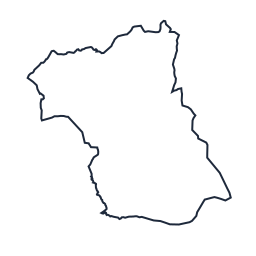 Faskari, Katsina, Nigeria (Albers equal-area conic projection), rotated 263°
{"feature_id": "59680162B51925471610757", "entity_name": "Faskari", "entity_type": "district", "adm_level": 2, "iso_a3": "NGA", "parent_name": "Nigeria", "parent_adm1": "Katsina", "projection": "albers", "projection_center": [7.102, 11.712], "detail": "fine", "context": "isolated", "style": "outline", "palette": "slate", "viewbox_px": 256, "rotation_deg": 263, "n_neighbors": 0, "source": "geoboundaries", "source_scale": "gbopen_adm2", "svg_char_len": 3714}
<svg xmlns="http://www.w3.org/2000/svg" viewBox="0 0 256 256"><g transform="rotate(263 128 128)"><path d="M132.3,196.4L134.2,195.0L138.9,192.6L141.4,190.0L143.7,184.8L148.7,184.6L155.2,185.8L157.7,185.6L160.9,185.7L160.6,182.4L159.7,180.7L159.5,178.5L158.5,176.2L165.0,179.1L167.5,180.7L171.3,181.6L174.0,180.7L176.0,180.6L177.8,180.7L179.5,181.2L181.0,181.2L184.0,180.6L185.5,180.3L188.8,181.5L190.5,182.1L191.9,183.2L193.7,183.8L194.8,184.2L196.7,185.0L198.9,186.1L200.7,186.1L203.2,186.3L204.6,186.9L205.9,187.4L209.0,187.1L212.9,189.3L214.0,189.9L214.4,189.5L217.6,185.9L218.3,181.2L220.9,182.5L222.2,181.9L226.2,178.4L229.5,178.0L230.0,176.5L227.9,173.5L226.5,172.8L224.2,172.6L222.2,172.2L220.1,171.1L219.5,169.8L219.7,167.1L221.6,159.8L221.3,156.6L222.6,155.5L227.9,153.2L227.9,146.6L227.3,144.9L225.1,143.5L223.6,142.0L221.1,138.5L221.1,136.6L220.8,133.4L220.2,129.1L217.5,125.5L215.9,124.6L213.4,122.7L211.3,121.5L205.4,112.9L205.5,112.3L205.5,110.9L206.7,109.9L207.6,108.4L207.7,105.9L208.8,106.3L209.1,106.6L209.5,106.4L210.0,106.0L210.1,105.5L209.9,105.2L209.5,104.6L209.6,104.2L210.0,103.3L211.2,102.7L212.2,102.1L212.7,101.5L212.9,100.9L212.7,97.9L212.5,95.6L211.7,93.9L211.6,92.0L210.7,91.2L210.5,90.4L211.0,88.9L212.2,88.3L212.0,86.9L211.0,85.9L210.5,85.0L209.5,84.0L209.2,83.1L210.5,78.9L210.4,77.5L210.2,76.7L209.6,76.3L209.4,76.2L209.0,75.5L209.0,74.8L208.8,73.1L209.5,70.4L209.5,69.4L209.9,67.2L212.3,65.1L212.7,64.7L213.0,64.4L213.7,63.7L213.6,61.9L213.3,61.4L211.6,60.2L207.7,57.3L206.6,56.3L206.2,55.6L206.1,54.8L205.2,54.3L203.9,53.0L203.1,51.9L203.2,50.9L203.3,49.8L202.1,48.6L201.4,47.9L201.0,47.5L197.9,43.2L197.2,42.2L195.6,41.3L194.6,40.3L193.9,37.9L192.4,36.0L189.9,34.5L185.5,39.3L181.5,42.6L177.6,42.9L172.7,44.7L173.0,45.4L170.4,48.1L167.7,48.1L166.8,46.8L167.0,45.5L166.7,45.4L163.3,44.3L158.7,43.9L156.0,44.5L148.1,43.1L146.0,43.5L147.6,53.8L148.6,56.4L148.2,59.8L148.2,62.8L147.7,65.8L146.7,68.2L146.4,69.9L129.4,82.1L118.6,83.3L118.4,83.9L117.6,87.1L116.5,87.5L115.4,88.1L113.5,88.9L112.4,95.1L111.0,95.2L110.4,95.5L108.2,95.6L105.9,95.2L105.2,94.8L104.0,92.4L103.6,91.5L103.0,90.4L101.5,89.4L100.8,88.7L96.4,86.1L94.7,84.2L87.0,86.3L84.9,86.1L84.5,85.7L84.3,85.4L84.1,85.5L83.9,85.8L83.8,86.2L83.3,86.2L82.4,86.4L82.4,85.9L82.1,85.6L81.6,85.5L81.2,85.6L80.9,86.0L81.0,86.2L80.8,86.4L80.3,86.5L80.1,86.8L79.4,86.9L78.2,87.3L78.2,87.2L78.0,86.9L77.9,87.1L77.5,88.2L76.5,89.4L76.0,89.4L75.8,89.1L75.4,89.1L74.0,89.0L72.4,88.9L72.0,89.2L70.8,89.3L69.4,89.7L69.1,90.1L67.9,90.6L67.0,89.7L66.2,89.7L65.9,89.1L65.5,89.2L65.4,89.7L65.0,90.2L64.8,91.0L64.1,91.7L63.2,91.9L62.8,92.4L62.2,92.5L61.4,92.6L60.3,92.9L59.8,93.6L58.7,93.6L57.9,93.8L57.5,94.1L56.5,94.6L56.4,95.2L55.3,96.1L54.3,96.1L53.2,96.7L52.3,96.7L51.9,96.9L51.1,97.0L50.1,96.8L49.4,95.7L48.8,94.8L48.3,93.9L47.8,93.0L47.3,92.0L46.9,91.2L46.5,91.8L46.3,92.2L46.1,93.3L46.4,93.7L46.8,94.2L46.6,94.7L46.8,95.0L46.9,95.4L46.5,95.8L46.2,95.7L45.7,95.8L44.9,95.9L44.4,96.1L44.2,96.3L44.5,96.8L44.4,97.0L44.1,97.8L43.4,98.7L42.9,99.4L42.4,99.6L42.4,100.1L42.6,100.8L41.7,102.8L40.9,105.2L40.3,107.2L38.7,108.4L39.0,109.7L40.1,111.0L40.0,112.7L39.3,114.2L39.9,118.1L39.5,122.3L39.5,124.6L39.3,126.0L38.0,128.5L38.1,130.8L36.8,133.8L35.3,137.2L33.1,142.3L31.7,148.8L29.7,153.0L27.3,157.8L26.0,166.8L26.2,168.7L27.0,177.6L28.0,180.2L32.4,185.1L36.0,186.4L40.1,189.6L45.7,193.9L46.9,194.9L47.6,195.4L47.8,197.0L48.3,200.6L48.5,202.1L48.7,203.6L48.9,205.4L47.9,208.0L47.2,209.6L46.2,211.8L44.2,215.8L46.4,221.5L51.4,220.8L56.1,219.1L58.5,218.3L72.3,213.6L88.9,203.0L93.3,203.6L101.5,204.8L104.0,203.9L109.0,196.4L111.6,196.5L118.2,191.5L127.6,193.0L129.8,194.2L132.3,196.4Z" fill="none" stroke="#1e293b" stroke-width="2"/></g></svg>